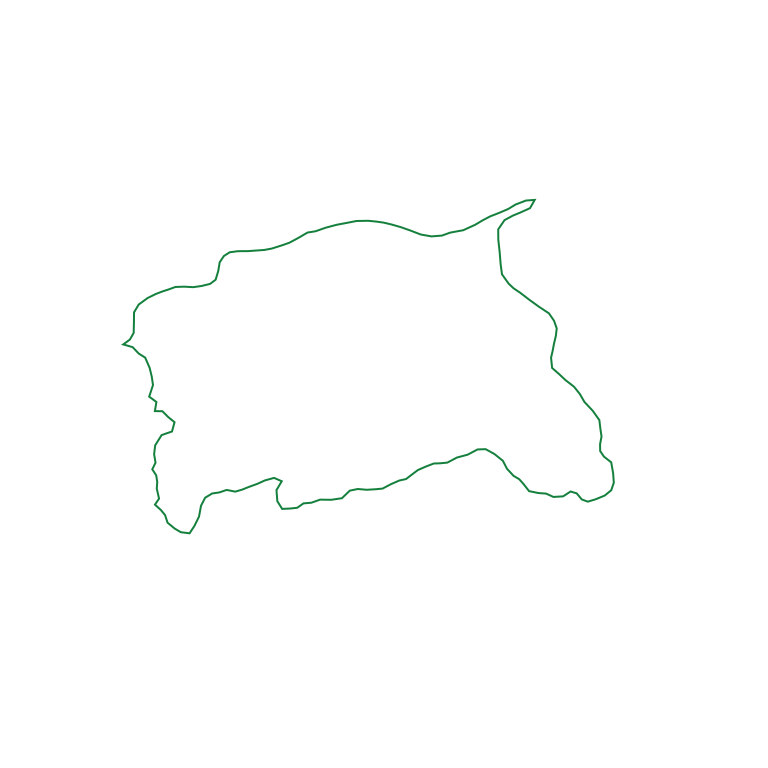 Periquito, Minas Gerais, Brazil (Albers equal-area conic projection), rotated 214°
{"feature_id": "56859067B61027947729377", "entity_name": "Periquito", "entity_type": "district", "adm_level": 2, "iso_a3": "BRA", "parent_name": "Brazil", "parent_adm1": "Minas Gerais", "projection": "albers", "projection_center": [-42.236, -19.085], "detail": "fine", "context": "isolated", "style": "outline", "palette": "green", "viewbox_px": 768, "rotation_deg": 214, "n_neighbors": 0, "source": "geoboundaries", "source_scale": "gbopen_adm2", "svg_char_len": 2326}
<svg xmlns="http://www.w3.org/2000/svg" viewBox="0 0 768 768"><g transform="rotate(214 384 384)"><path d="M151.8,446.1L161.1,446.8L167.3,449.3L171.2,454.9L174.3,462.1L179.4,467.7L185.3,474.5L195.9,478.5L207.8,481.2L216.0,485.2L225.0,488.0L235.6,488.7L244.2,490.1L253.6,491.3L260.2,499.2L262.6,505.5L265.7,512.7L268.4,519.9L271.9,526.7L278.4,531.5L286.7,534.8L298.4,534.7L310.9,535.1L322.2,535.8L330.1,535.8L336.8,536.9L347.5,540.9L354.1,548.3L361.6,557.7L369.9,567.5L375.8,576.1L375.7,587.3L371.3,595.7L367.1,602.0L361.3,611.4L362.0,620.9L368.9,615.5L375.4,606.2L378.8,598.7L384.0,590.6L389.8,582.2L393.7,574.9L397.5,566.9L404.3,555.8L413.8,546.5L418.9,539.5L427.2,532.9L437.1,528.5L447.9,526.0L457.9,523.4L467.1,520.4L474.5,517.6L480.7,514.6L488.2,510.6L497.9,503.8L505.6,496.1L512.4,489.4L519.7,481.0L526.2,472.3L532.1,466.8L536.7,457.2L541.5,448.1L546.6,441.3L552.8,433.5L558.3,428.1L563.8,423.8L570.8,418.3L579.4,412.4L585.6,406.9L588.3,400.6L588.3,393.1L584.6,385.0L581.9,376.3L584.2,369.7L590.1,363.2L596.3,357.6L604.0,353.0L611.2,347.8L615.4,342.0L619.4,336.9L623.6,330.9L628.0,323.2L631.8,312.7L631.3,303.6L626.0,295.6L620.1,286.4L619.5,278.8L622.3,271.0L613.0,274.0L604.4,272.1L596.7,272.3L587.3,266.3L580.5,260.1L574.9,253.9L571.6,242.2L562.6,241.8L558.8,233.4L552.5,237.5L544.3,235.9L536.3,235.2L533.2,226.1L539.8,217.3L539.4,205.2L535.3,197.2L529.4,191.0L528.4,183.7L521.8,180.9L517.2,176.0L513.9,170.2L506.4,163.2L506.4,155.9L498.7,154.8L492.2,152.9L485.9,148.0L476.6,147.1L469.6,147.5L461.7,151.5L461.8,160.3L463.2,170.6L467.6,180.7L468.7,189.7L465.2,197.2L459.9,202.0L455.2,208.2L447.1,211.6L442.4,217.3L438.7,222.8L433.1,230.5L428.8,237.5L422.6,244.7L414.4,246.2L413.8,235.9L406.9,227.2L398.6,223.5L392.0,228.4L386.7,232.9L384.0,240.0L377.8,245.0L372.3,252.4L363.0,258.5L355.0,265.8L352.7,276.5L347.0,282.3L339.1,286.7L331.8,292.3L326.7,296.5L322.3,304.7L317.3,312.6L312.6,317.5L310.4,324.0L307.8,331.6L303.3,338.7L298.3,345.9L292.8,349.9L287.5,354.3L282.5,363.7L275.2,372.1L269.8,382.1L263.3,386.8L253.2,387.7L242.5,386.8L234.6,382.5L225.3,380.3L218.7,380.7L212.4,379.1L203.8,376.3L194.9,380.0L188.3,383.8L180.4,385.1L172.7,391.0L169.2,399.2L163.1,401.1L155.5,398.9L149.3,400.4L144.2,406.6L138.6,415.0L136.2,423.0L138.3,430.7L144.1,438.1L151.8,446.1Z" fill="none" stroke="#15803d" stroke-width="2"/></g></svg>